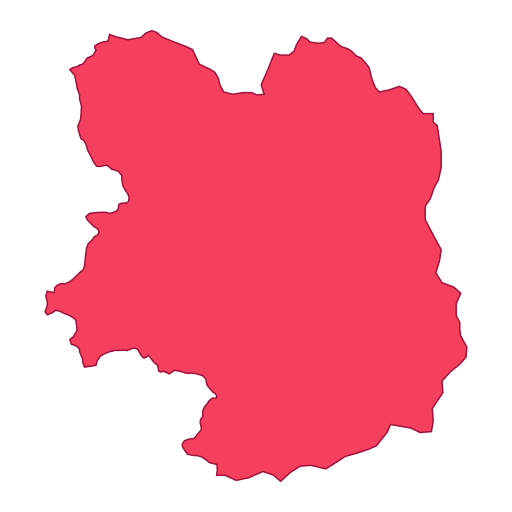 outline of Cameron Highlands, Pahang, Malaysia
{"feature_id": "92858781B10772357278230", "entity_name": "Cameron Highlands", "entity_type": "district", "adm_level": 2, "iso_a3": "MYS", "parent_name": "Malaysia", "parent_adm1": "Pahang", "projection": "mercator", "projection_center": [101.433, 4.47], "detail": "fine", "context": "isolated", "style": "filled", "palette": "rose", "viewbox_px": 512, "rotation_deg": 0, "n_neighbors": 0, "source": "geoboundaries", "source_scale": "gbopen_adm2", "svg_char_len": 3484}
<svg xmlns="http://www.w3.org/2000/svg" viewBox="0 0 512 512"><path d="M109.6,34.3L108.0,41.2L105.8,41.5L101.8,42.3L98.2,43.7L94.9,45.9L94.9,48.4L96.0,50.2L93.1,55.3L86.9,58.2L84.4,62.2L82.2,64.4L80.0,64.8L77.1,66.6L72.7,67.7L69.8,69.5L72.4,72.8L74.6,75.0L76.0,81.5L77.1,88.0L79.6,94.9L79.6,99.3L80.4,101.8L81.5,106.6L80.7,118.9L79.3,122.6L77.8,126.2L78.5,130.2L79.6,134.5L81.1,138.9L84.0,140.7L86.2,144.7L87.6,150.2L88.6,152.0L90.5,155.6L92.4,159.6L94.2,162.9L96.7,166.2L100.0,166.5L106.5,165.1L109.1,166.9L111.6,169.1L118.2,171.2L121.8,175.6L121.8,179.2L122.9,185.8L125.1,190.1L127.6,193.4L129.1,197.0L128.7,200.7L127.2,202.9L121.4,203.2L118.9,204.3L118.2,209.0L116.3,211.2L112.3,212.7L109.8,213.4L105.8,212.3L100.3,212.3L94.9,212.7L89.4,213.4L85.8,216.7L87.6,220.3L90.5,223.2L93.8,226.5L97.8,229.0L99.3,231.9L97.8,234.8L94.5,236.6L92.4,239.6L88.0,243.9L86.5,248.3L85.8,253.7L85.1,260.3L84.7,265.3L83.3,269.7L80.0,272.3L76.4,275.9L73.5,278.8L69.5,281.7L65.1,283.9L60.7,283.5L56.7,285.7L54.9,287.5L54.2,292.6L50.2,291.9L47.3,291.1L45.8,295.9L47.3,302.0L47.3,305.3L45.1,311.9L47.3,314.8L52.0,312.9L55.7,310.4L59.7,311.1L64.7,313.7L68.7,315.1L74.2,318.4L76.0,320.6L77.1,330.4L74.6,334.4L73.5,336.6L69.8,339.5L71.3,344.2L75.6,345.6L79.3,348.6L79.6,351.8L81.1,355.5L82.5,358.4L82.9,362.7L84.4,367.1L92.0,366.0L96.0,365.3L97.1,360.9L100.3,356.2L104.0,354.0L109.1,351.8L115.2,350.4L118.9,350.4L121.4,350.4L125.1,350.0L127.3,350.6L131.5,348.8L132.8,348.1L136.3,348.6L138.0,349.7L140.1,353.7L141.2,355.3L142.6,357.2L144.2,358.1L147.0,356.7L148.4,355.3L153.5,361.8L155.2,363.4L157.5,365.1L158.2,367.9L158.7,371.1L160.8,372.0L163.5,371.3L167.0,372.7L168.9,373.9L171.4,372.5L174.2,370.4L178.4,370.9L183.5,372.3L186.1,373.2L189.1,373.2L193.5,373.2L200.1,374.8L202.8,375.8L206.1,379.5L206.3,382.5L207.3,385.5L212.6,391.8L215.4,393.7L216.3,395.3L216.8,397.2L216.1,398.3L213.5,397.9L211.4,398.8L208.9,400.9L207.7,403.2L206.1,404.8L204.2,407.4L202.8,410.9L202.8,414.1L202.6,416.9L200.7,419.2L200.1,422.5L201.2,426.9L201.2,429.9L197.7,433.9L195.2,437.2L193.4,438.7L189.0,439.0L184.3,440.8L182.1,444.5L182.8,447.4L185.0,450.7L187.6,454.3L193.0,455.4L197.7,455.7L201.4,456.8L206.4,460.1L209.4,462.6L217.0,464.5L217.3,470.3L216.6,475.4L224.7,475.1L236.2,480.4L248.7,477.7L262.9,471.5L273.5,475.1L280.6,481.3L290.4,472.4L300.1,466.2L310.8,465.3L325.8,468.9L335.6,462.7L345.3,456.4L357.8,452.9L368.4,449.3L376.4,445.8L387.0,432.5L390.6,424.5L411.0,428.1L419.9,432.5L431.4,431.6L433.2,421.0L432.3,408.5L442.9,392.6L442.0,381.0L450.9,371.3L459.8,364.2L466.0,357.1L466.9,347.3L460.7,335.8L459.8,329.6L459.8,322.5L456.2,315.4L456.2,303.9L460.7,293.2L453.6,287.0L442.0,282.6L435.8,272.8L439.4,261.3L441.2,249.8L434.9,238.2L425.2,219.6L425.2,206.3L430.5,198.3L434.1,187.7L438.5,179.7L441.2,167.3L441.2,151.3L437.2,125.5L433.2,122.1L433.2,113.6L423.0,113.6L418.5,107.9L412.2,97.7L410.5,95.4L406.0,89.2L399.2,86.4L389.5,89.8L379.3,92.0L375.3,87.5L371.9,79.0L369.1,67.6L365.7,63.1L361.1,58.0L356.0,55.7L352.1,51.7L348.1,48.9L341.3,46.6L338.4,44.3L331.6,38.1L327.6,38.1L324.2,42.6L318.0,43.2L310.0,42.1L306.6,38.7L301.5,36.4L296.4,44.9L294.1,51.2L289.0,55.1L280.5,55.1L274.3,53.4L272.0,59.1L268.0,69.3L261.2,84.7L264.1,94.3L256.7,94.9L251.6,92.6L243.1,92.6L232.8,94.3L223.8,92.0L220.3,85.8L218.1,77.8L214.7,72.2L210.1,69.3L199.3,64.2L192.5,49.5L184.6,46.0L174.4,42.1L161.9,37.0L156.8,32.4L151.6,30.7L146.0,33.0L140.9,37.5L127.8,39.8L114.7,36.4L109.6,34.3Z" fill="#f43f5e" stroke="#9f1239" stroke-width="1.5"/></svg>